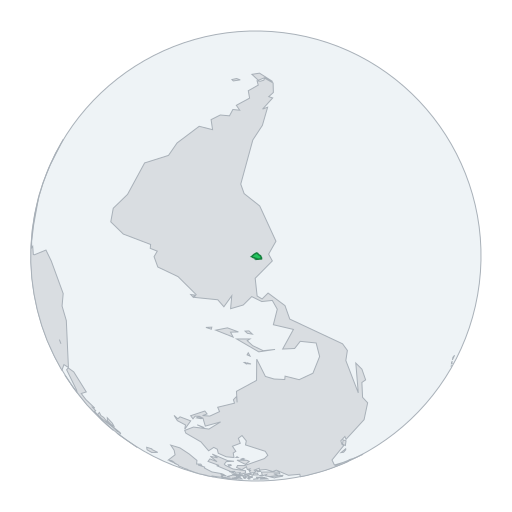 the Earth from above Pastaza, rotated 187°
{"feature_id": "ECU-1288", "entity_name": "Pastaza", "entity_type": "Province", "adm_level": 1, "iso_a3": "ECU", "parent_name": "Ecuador", "parent_adm1": "", "projection": "orthographic", "projection_center": [-76.647, -1.794], "detail": "fine", "context": "on_globe", "style": "filled", "palette": "green", "viewbox_px": 512, "rotation_deg": 187, "n_neighbors": 0, "source": "natural_earth", "source_scale": "10m", "svg_char_len": 8048}
<svg xmlns="http://www.w3.org/2000/svg" viewBox="0 0 512 512"><g transform="rotate(187 256 256)"><circle cx="256" cy="256" r="225" fill="#eef3f6" stroke="#a8b0b8"/><path d="M126.1,71.9L136.7,65.4L141.3,62.5L139.3,63.4L143.6,60.8L144.1,60.5L154.0,55.2L156.9,53.7L160.5,52.0L159.7,52.3L164.8,50.0L165.1,49.9L166.5,49.3L179.3,44.2L185.1,42.3L185.9,44.7L197.1,42.3L209.8,45.9L213.1,44.1L220.1,45.3L226.5,44.0L227.0,45.7L231.7,43.3L230.0,42.0L231.5,40.7L235.1,40.0L236.4,41.8L234.8,42.5L237.0,42.7L236.1,44.0L238.6,43.0L239.8,45.7L244.0,42.2L249.5,43.7L248.8,45.8L241.8,46.6L222.9,56.0L220.0,59.6L223.0,63.3L243.4,67.2L243.1,71.3L248.0,76.1L251.3,72.9L248.8,68.2L256.2,64.3L252.2,59.7L254.6,57.7L253.3,53.3L261.1,53.1L269.4,55.6L270.9,59.5L274.6,60.9L279.3,56.9L288.0,64.8L304.0,71.6L305.5,74.2L297.2,78.6L281.6,78.5L270.9,87.0L285.6,81.0L288.9,88.6L292.6,90.0L296.9,89.6L298.7,86.7L301.4,89.5L287.9,95.9L285.3,93.3L289.6,91.1L282.3,91.5L273.2,97.1L275.6,101.2L259.4,107.3L260.9,110.6L258.2,114.2L256.9,108.4L258.9,119.3L240.3,132.6L242.7,153.7L232.0,137.6L223.1,136.1L212.4,136.9L212.5,140.3L198.1,138.5L185.2,146.6L180.6,164.0L185.7,177.0L201.7,176.7L206.4,168.9L218.2,166.9L209.9,187.7L230.4,189.9L228.4,205.8L234.4,213.9L244.7,211.5L255.3,215.2L262.7,205.8L274.8,200.6L275.2,213.6L281.7,201.7L288.6,207.9L312.4,207.4L310.7,210.4L330.8,226.0L352.1,233.1L357.1,242.9L354.6,248.8L361.9,250.7L362.0,254.6L390.4,261.6L404.3,272.2L403.5,286.0L391.0,301.5L377.9,334.8L355.1,345.2L348.1,358.6L328.2,377.8L314.5,376.1L317.2,385.9L308.6,391.6L299.4,391.9L296.8,398.6L289.9,398.7L293.9,403.2L281.6,411.9L283.8,419.1L274.6,425.9L276.3,430.0L273.2,429.9L269.7,431.4L269.1,433.6L260.1,429.8L258.7,420.4L262.8,415.7L258.7,414.9L267.4,402.6L262.6,405.1L265.6,386.4L273.3,370.8L279.9,325.5L275.4,316.5L258.4,306.1L238.0,273.1L243.7,259.4L239.2,253.1L254.1,233.8L250.0,216.4L244.7,214.1L239.5,220.7L221.2,210.3L214.8,197.5L159.4,179.4L153.8,173.4L154.1,163.2L137.8,132.6L143.9,161.9L137.1,156.6L132.1,146.4L135.5,143.4L133.0,128.7L127.3,123.9L128.8,106.7L144.3,85.0L145.8,87.7L149.3,82.9L147.7,79.5L145.8,78.6L155.7,62.8L152.7,58.1L144.4,61.7L152.0,57.6L131.3,68.8L125.6,72.3L126.1,71.9ZM46.8,181.7L48.4,176.8L48.2,179.4L46.8,181.7ZM48.9,174.1L48.4,175.7L48.7,174.4L48.9,174.1ZM48.8,173.4L48.9,173.9L48.6,173.9L48.8,173.4ZM48.4,173.2L48.7,173.1L48.6,173.3L48.4,173.2ZM241.6,161.2L265.1,171.3L251.9,172.9L254.4,170.9L248.4,166.6L237.3,162.9L225.7,165.6L241.6,161.2ZM48.6,171.3L48.7,170.6L49.1,170.0L48.6,171.3ZM251.9,148.9L247.8,148.2L251.8,148.0L251.9,148.9ZM144.2,78.8L147.2,79.8L147.1,84.1L144.1,83.5L144.2,78.8ZM145.1,71.9L147.7,71.2L143.5,75.6L143.3,74.6L145.1,71.9ZM137.5,65.4L139.1,65.0L136.0,66.4L137.5,65.4ZM249.2,53.9L251.2,53.6L250.4,54.5L249.2,53.9ZM246.6,52.3L244.2,53.6L242.7,53.1L244.2,52.3L246.6,52.3ZM250.0,51.0L240.2,52.1L237.6,51.3L241.1,47.9L250.0,51.0ZM227.9,42.0L229.8,43.3L224.8,42.9L227.9,42.0ZM224.3,42.2L206.8,44.4L205.7,42.6L211.8,42.0L207.6,40.8L215.7,38.7L219.8,39.0L218.9,40.4L222.7,38.7L224.3,42.2ZM231.7,40.2L228.2,40.6L227.0,39.0L233.7,38.0L231.9,38.8L231.7,40.2ZM202.6,41.6L202.9,40.6L209.5,38.6L210.5,38.0L215.8,38.6L202.6,41.6ZM234.1,38.8L237.1,37.6L241.0,37.8L235.0,39.7L234.1,38.8ZM223.9,39.1L223.6,38.4L226.0,38.4L223.9,39.1ZM256.5,38.8L252.4,38.8L251.4,37.9L256.5,38.8ZM238.0,37.1L236.6,37.1L235.8,36.9L238.6,36.2L238.0,37.1ZM220.1,37.3L222.8,36.9L218.3,36.9L223.0,35.8L225.7,36.5L226.6,35.7L228.0,35.4L228.6,36.5L220.1,37.3ZM238.8,35.0L243.8,36.2L251.7,36.1L252.7,36.7L240.0,36.9L238.8,35.0ZM232.7,35.7L236.7,35.3L236.1,36.1L232.9,36.9L232.7,35.7ZM225.3,34.9L217.3,36.4L217.0,36.2L225.3,34.9ZM241.2,34.7L239.9,34.5L241.8,34.6L241.2,34.7ZM230.3,34.5L227.6,35.0L227.3,34.8L230.3,34.5ZM239.7,33.8L241.3,34.1L239.3,34.5L239.7,33.8ZM235.5,34.0L235.8,33.6L237.5,34.5L234.3,34.2L235.5,34.0ZM230.5,34.3L229.5,34.3L231.7,34.1L230.5,34.3ZM246.7,32.4L249.4,33.4L244.7,34.2L242.8,33.0L246.7,32.4ZM274.8,437.9L260.7,431.2L268.8,434.2L275.1,430.7L282.2,435.8L274.8,437.9ZM293.1,428.9L299.9,427.0L301.4,428.2L296.9,429.8L293.1,428.9ZM421.7,103.4L416.6,98.2L417.9,101.3L430.1,120.0L428.7,122.0L422.8,118.8L407.9,100.4L412.7,98.2L407.4,92.8L397.5,85.4L399.8,85.8L396.3,82.9L397.3,82.2L389.8,75.3L389.4,74.5L377.9,66.6L376.2,65.5L376.6,65.7L383.4,70.2L388.0,73.5L405.6,87.6L421.7,103.4ZM370.3,61.9L372.4,63.3L360.7,56.8L350.5,51.5L370.3,61.9ZM461.5,348.4L471.7,320.4L476.3,303.0L478.8,289.5L480.5,259.8L480.5,243.5L479.7,236.7L478.8,238.4L477.2,230.3L476.1,230.2L465.2,236.3L458.6,226.1L442.8,195.2L442.4,182.7L436.4,168.8L428.6,122.5L433.4,124.8L434.7,119.0L436.0,120.6L443.0,130.5L444.6,132.9L453.0,146.6L460.3,161.0L466.5,175.8L471.7,191.1L475.8,206.6L478.8,222.5L480.6,238.5L481.3,254.5L480.8,270.6L479.2,286.7L476.4,302.5L472.5,318.1L467.5,333.5L461.5,348.4ZM438.9,145.1L441.0,149.1L438.9,145.1ZM313.2,207.3L316.1,209.8L312.3,209.8L313.2,207.3ZM250.1,178.0L255.1,178.2L257.7,180.1L253.9,180.8L250.1,178.0ZM291.4,177.9L297.0,179.0L291.2,180.0L291.4,177.9ZM268.8,172.7L286.9,177.5L275.6,181.2L264.2,178.5L272.0,177.3L268.8,172.7ZM249.7,155.9L252.8,156.8L251.9,159.0L249.7,155.9ZM254.8,148.9L253.6,149.1L252.0,147.4L254.8,148.9ZM289.6,88.2L290.8,87.8L295.2,88.1L293.3,89.4L289.6,88.2ZM314.0,83.0L317.9,87.8L313.7,84.9L311.8,87.1L300.7,84.4L305.6,75.4L305.4,79.7L314.0,83.0ZM287.3,79.2L293.8,81.3L286.5,79.4L287.3,79.2ZM376.3,69.8L379.5,71.2L383.4,74.4L383.9,77.3L378.2,72.5L376.3,69.8ZM383.1,72.7L369.4,64.2L368.5,62.7L371.3,64.8L372.2,64.7L376.9,68.3L389.6,75.9L393.9,79.4L392.4,81.6L390.5,78.7L387.5,77.2L383.1,72.7ZM335.6,51.2L329.6,49.1L335.6,48.3L340.5,50.4L341.2,52.8L335.9,51.9L335.6,51.2ZM258.2,45.4L255.5,45.8L255.1,45.1L257.1,44.2L258.2,45.4ZM254.6,38.9L269.5,43.1L267.2,43.6L278.6,46.3L277.0,49.0L269.6,47.1L276.9,51.6L269.6,51.0L275.3,54.1L259.0,49.4L252.8,49.6L260.4,48.3L262.1,45.6L260.9,44.5L252.9,41.8L240.3,41.6L239.9,39.5L243.0,38.1L246.0,37.8L245.3,39.1L249.8,37.9L251.0,39.6L254.6,38.9ZM279.6,32.1L277.5,32.2L286.8,33.0L288.1,33.5L289.1,33.5L292.8,34.4L299.1,35.8L298.7,36.0L301.3,36.5L303.8,37.3L307.3,38.2L307.7,39.1L312.0,40.4L309.8,40.1L317.0,42.2L311.8,41.1L314.6,42.6L318.2,42.8L312.1,48.8L313.6,53.3L317.6,57.9L308.2,56.3L298.3,51.4L289.7,45.9L289.6,42.3L285.4,42.7L284.1,41.2L288.0,41.5L281.2,40.2L281.2,39.2L273.5,36.3L263.7,35.8L260.6,35.0L264.5,34.8L258.7,34.3L263.9,33.4L261.8,33.0L264.8,32.1L273.4,32.3L270.4,31.9L272.5,31.6L279.6,32.1ZM247.8,32.1L257.8,31.6L263.4,31.8L255.8,33.4L257.0,33.9L252.3,35.7L244.3,35.5L246.4,34.9L246.5,34.4L249.0,34.6L247.1,34.1L249.9,33.4L249.2,32.9L252.6,32.8L247.8,32.1ZM425.5,107.9L425.0,107.3L430.3,113.4L430.0,113.3L425.5,107.9ZM420.3,102.0L424.6,106.8L422.2,104.1L420.3,102.0Z" fill="#d9dde1" stroke="#a8b0b8" stroke-width="1"/><path d="M260.2,255.0L259.9,255.3L259.8,255.5L259.6,255.7L259.4,255.9L259.2,256.2L259.0,256.4L258.8,256.6L258.6,256.9L258.4,257.1L258.2,257.3L258.0,257.5L257.7,257.7L257.5,257.9L257.2,258.0L256.8,258.4L256.5,258.6L256.3,258.8L256.1,258.9L255.9,259.0L255.7,259.1L255.4,259.0L255.3,258.9L255.2,258.9L254.9,258.9L254.6,258.8L254.5,258.7L254.4,258.5L254.4,258.4L254.3,258.2L254.2,258.1L253.1,257.4L252.0,257.0L251.9,256.9L251.7,256.8L251.7,256.7L251.4,256.6L251.3,256.4L251.3,256.2L251.2,256.1L251.1,255.9L251.1,255.6L250.9,255.5L250.7,255.5L250.6,255.4L250.5,255.2L250.4,254.9L250.2,254.7L250.2,254.3L250.2,254.2L250.2,253.8L250.4,253.8L250.5,253.8L250.8,253.8L251.0,253.8L251.1,253.7L251.2,253.8L251.3,253.8L251.4,253.7L251.6,253.6L251.8,253.5L252.0,253.5L252.2,253.4L252.3,253.4L252.5,253.4L252.8,253.3L252.9,253.2L253.0,253.2L253.5,253.1L253.8,253.0L254.4,252.9L254.3,253.0L254.4,253.3L254.8,253.3L255.1,253.5L255.2,253.4L255.3,253.3L255.4,253.2L255.5,253.3L255.6,253.2L255.8,253.2L256.0,253.2L256.3,253.1L256.5,253.1L256.5,253.3L256.5,253.5L256.7,253.8L256.8,253.9L257.0,253.9L257.1,254.0L257.3,254.0L257.5,254.1L257.8,254.0L258.0,254.0L258.3,254.0L258.5,254.1L258.8,254.2L259.0,254.2L259.1,254.3L259.3,254.4L259.5,254.5L259.8,254.7L259.9,254.8L260.0,254.8L260.1,255.0L260.2,255.0Z" fill="#22c55e" stroke="#15803d" stroke-width="1.5"/></g></svg>